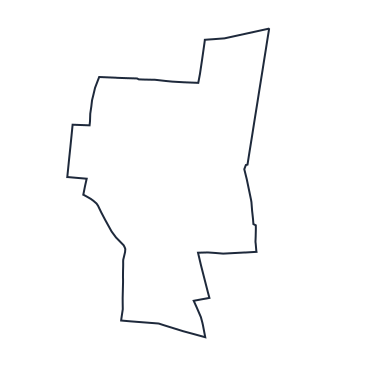 outline of Papalotla, México, Mexico, rotated 255°
{"feature_id": "50627088B323128509418", "entity_name": "Papalotla", "entity_type": "district", "adm_level": 2, "iso_a3": "MEX", "parent_name": "Mexico", "parent_adm1": "México", "projection": "natural_earth1", "projection_center": [-98.859, 19.559], "detail": "fine", "context": "isolated", "style": "outline", "palette": "slate", "viewbox_px": 384, "rotation_deg": 255, "n_neighbors": 0, "source": "geoboundaries", "source_scale": "gbopen_adm2", "svg_char_len": 1823}
<svg xmlns="http://www.w3.org/2000/svg" viewBox="0 0 384 384"><g transform="rotate(255 192 192)"><path d="M143.3,245.0L145.1,243.0L149.9,243.9L155.0,244.7L158.3,245.2L166.9,246.8L168.2,246.9L168.8,247.0L169.1,247.0L190.1,248.2L200.5,248.4L204.1,251.0L204.1,252.7L213.8,257.0L223.4,261.3L233.0,265.6L242.7,269.9L252.3,274.2L261.9,278.5L271.6,282.8L281.2,287.1L290.8,291.4L300.5,295.7L310.1,300.0L319.8,304.3L329.4,308.6L329.9,308.3L330.6,293.2L331.3,278.2L332.0,263.1L333.3,256.3L334.1,252.0L334.9,248.0L335.7,243.8L334.9,243.5L332.7,242.6L328.7,240.9L316.3,235.6L303.9,230.2L295.8,226.3L299.6,214.1L300.2,212.2L303.7,201.6L306.1,195.2L310.1,185.0L310.2,184.5L313.1,174.5L314.4,170.3L314.6,169.7L314.9,169.4L315.9,168.3L319.1,157.6L321.8,148.8L322.0,148.4L327.1,132.1L317.7,125.3L311.2,121.8L306.5,119.2L300.7,116.9L294.0,114.0L286.8,111.8L284.4,110.9L282.9,110.3L287.9,94.1L277.3,90.1L266.5,86.0L255.3,81.7L238.7,75.4L238.5,76.1L235.1,85.4L232.1,93.7L225.2,90.1L217.5,86.3L217.2,86.7L214.2,89.8L211.6,92.4L209.0,94.5L205.6,96.8L203.0,97.7L200.8,98.1L196.1,99.0L195.6,99.1L187.6,100.9L174.7,104.1L172.9,104.8L167.8,106.8L158.2,112.2L155.7,112.7L154.1,112.8L153.3,112.5L151.3,111.8L146.1,109.0L144.5,108.1L143.6,107.8L143.0,107.6L140.3,106.9L137.8,106.2L136.1,105.7L134.1,105.1L130.9,104.2L126.9,103.1L125.9,102.9L122.9,102.1L107.6,97.6L103.4,96.5L96.7,94.8L87.5,90.8L86.2,90.3L85.5,92.2L83.1,98.8L80.8,105.3L74.0,124.6L73.5,125.9L70.7,130.2L60.6,146.2L59.9,147.3L54.1,157.3L48.3,167.2L57.9,167.9L60.6,168.1L63.2,168.2L68.8,168.2L79.1,166.7L86.5,165.5L85.2,181.4L91.1,181.4L118.9,181.7L131.8,182.1L129.5,191.7L127.4,197.8L127.2,198.4L124.4,206.2L119.9,227.4L119.8,227.6L117.5,238.8L118.6,238.9L125.3,240.1L126.7,240.3L127.4,240.4L132.9,242.1L140.1,244.2L143.3,245.0Z" fill="none" stroke="#1e293b" stroke-width="2"/></g></svg>